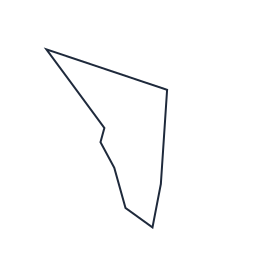 the border of Plaisance, rotated 160°
{"feature_id": "SYC-5216", "entity_name": "Plaisance", "entity_type": "state/province", "adm_level": 1, "iso_a3": "SYC", "parent_name": "Seychelles", "parent_adm1": "", "projection": "robinson", "projection_center": [55.472, -4.654], "detail": "fine", "context": "isolated", "style": "outline", "palette": "slate", "viewbox_px": 256, "rotation_deg": 160, "n_neighbors": 0, "source": "natural_earth", "source_scale": "10m", "svg_char_len": 291}
<svg xmlns="http://www.w3.org/2000/svg" viewBox="0 0 256 256"><g transform="rotate(160 128 128)"><path d="M139.0,26.2L157.7,53.7L154.5,95.3L158.7,124.1L150.2,136.1L166.5,191.6L177.8,229.8L78.2,150.5L103.6,92.9L116.3,64.1L139.0,26.2Z" fill="none" stroke="#1e293b" stroke-width="2"/></g></svg>